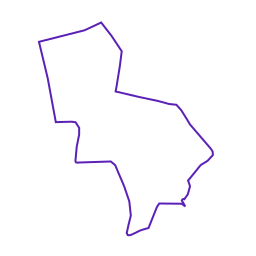 Gala'a Al Nahal, Gedarif, Sudan (Robinson projection), rotated 176°
{"feature_id": "16777658B80324044236150", "entity_name": "Gala'a Al Nahal", "entity_type": "district", "adm_level": 2, "iso_a3": "SDN", "parent_name": "Sudan", "parent_adm1": "Gedarif", "projection": "robinson", "projection_center": [35.033, 13.356], "detail": "fine", "context": "isolated", "style": "outline", "palette": "violet", "viewbox_px": 256, "rotation_deg": 176, "n_neighbors": 0, "source": "geoboundaries", "source_scale": "gbopen_adm2", "svg_char_len": 911}
<svg xmlns="http://www.w3.org/2000/svg" viewBox="0 0 256 256"><g transform="rotate(176 128 128)"><path d="M114.5,26.8L104.6,47.3L102.1,50.5L79.7,48.7L76.4,45.8L78.5,50.3L79.1,51.2L79.4,51.9L78.7,53.0L77.6,53.3L76.8,53.0L73.0,57.6L70.2,65.5L71.3,69.9L71.8,71.3L67.0,76.4L63.7,79.9L58.6,85.4L57.8,86.1L50.9,89.7L45.2,95.1L45.2,98.6L47.0,101.8L65.9,127.2L69.2,133.7L73.7,142.1L78.1,147.8L85.4,149.1L89.6,150.6L96.0,152.8L115.2,158.3L137.8,165.3L136.4,170.8L131.8,190.4L128.9,205.0L138.1,221.2L147.4,235.1L164.6,228.5L210.8,220.2L204.6,183.1L199.6,138.9L183.7,138.2L179.9,137.4L176.7,131.5L177.2,124.8L180.5,112.7L182.7,99.1L182.7,98.2L182.3,97.4L180.9,96.9L179.4,97.0L147.5,95.8L143.4,91.9L138.8,78.5L138.1,76.6L135.8,69.8L131.8,54.6L131.3,40.4L134.1,31.8L136.6,23.3L135.7,21.2L134.3,20.9L132.7,21.1L127.6,23.0L123.6,24.7L120.7,25.5L116.1,26.5L114.5,26.8Z" fill="none" stroke="#5b21b6" stroke-width="2"/></g></svg>